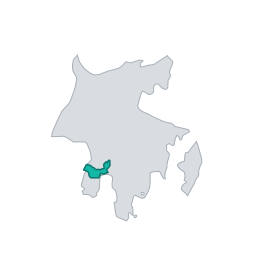 Qakh District, Qax, Azerbaijan (highlighted), rotated 240°
{"feature_id": "54616110B49356278605879", "entity_name": "Qakh District", "entity_type": "district", "adm_level": 2, "iso_a3": "AZE", "parent_name": "Azerbaijan", "parent_adm1": "Qax", "projection": "orthographic", "projection_center": [46.895, 41.256], "detail": "fine", "context": "in_parent", "style": "filled", "palette": "teal", "viewbox_px": 256, "rotation_deg": 240, "n_neighbors": 0, "source": "geoboundaries", "source_scale": "gbopen_adm2", "svg_char_len": 5013}
<svg xmlns="http://www.w3.org/2000/svg" viewBox="0 0 256 256"><g transform="rotate(240 128 128)"><path d="M171.0,198.2L170.1,198.2L163.5,199.9L162.1,199.4L156.3,192.3L155.1,191.5L152.7,191.2L151.2,190.1L150.0,188.2L149.4,186.7L143.5,182.9L142.6,181.5L142.4,180.2L143.3,179.1L144.3,178.1L147.1,177.1L150.4,176.2L151.5,175.6L152.0,174.5L151.9,172.8L151.4,171.2L146.6,168.3L146.0,167.0L145.8,165.4L146.1,163.8L146.8,162.5L150.7,160.6L152.7,158.8L151.4,156.8L147.1,152.2L142.1,147.2L138.8,147.1L135.1,148.7L129.0,153.1L125.7,155.0L121.3,158.1L116.5,161.5L112.6,165.2L110.1,168.2L105.7,169.5L103.5,172.0L96.2,179.6L94.1,179.5L94.0,175.7L94.1,172.7L93.6,171.0L91.3,168.7L91.3,167.7L91.9,167.0L93.7,167.4L96.1,167.3L97.2,166.4L94.7,163.3L92.5,161.2L90.6,159.8L90.2,159.0L90.2,158.4L90.6,157.7L93.8,156.0L94.1,154.4L93.9,152.7L88.8,150.1L85.0,151.0L81.6,148.1L79.5,145.8L76.8,143.4L74.3,142.0L72.0,139.0L68.0,135.8L65.4,134.9L65.5,134.5L66.0,133.9L67.0,133.4L74.3,133.6L75.2,133.1L75.6,131.8L76.6,129.8L77.8,126.9L77.7,124.5L70.6,120.5L65.4,116.8L61.8,111.9L59.4,107.5L59.6,106.0L60.3,104.7L65.9,100.7L66.3,99.7L66.2,99.0L64.3,96.9L61.8,94.7L61.0,93.2L59.5,92.3L56.5,92.2L51.3,89.5L50.2,89.2L50.0,88.7L50.3,88.2L54.0,87.2L54.0,86.3L52.9,85.2L50.8,84.3L48.9,82.2L48.3,80.3L55.1,75.0L57.1,73.9L61.4,75.0L70.5,78.8L69.8,80.8L70.8,81.9L72.8,83.5L76.8,85.1L80.2,85.9L81.9,85.2L84.6,84.7L88.0,86.5L91.1,88.8L92.6,89.7L93.5,90.0L95.9,89.3L98.7,86.3L99.9,82.8L100.2,81.1L98.5,78.7L95.1,76.2L91.3,73.9L88.8,71.9L87.3,68.0L85.7,67.5L85.3,67.0L85.1,65.7L85.2,63.8L85.7,62.4L87.3,61.8L88.8,61.6L90.2,60.2L92.0,57.6L92.8,56.1L96.1,56.9L96.5,59.3L97.1,59.9L98.5,59.6L100.8,58.6L102.6,59.4L105.0,62.2L108.2,65.2L110.0,67.3L110.7,68.7L112.3,70.0L114.8,71.6L116.7,74.1L118.5,79.9L120.2,81.3L126.6,83.4L128.8,83.9L135.0,84.6L137.2,84.0L140.3,78.9L143.1,73.8L145.7,72.6L150.5,70.1L153.4,67.7L154.5,65.1L157.2,60.3L158.8,57.5L161.7,59.9L166.7,66.3L174.0,76.7L175.8,79.6L177.0,83.1L178.1,87.2L179.8,90.9L187.3,100.1L190.5,103.4L195.7,107.7L197.5,108.7L199.9,108.9L204.3,108.7L208.4,110.3L210.4,111.5L212.5,113.2L214.5,115.2L216.5,120.6L209.5,119.0L202.4,119.6L198.5,120.9L194.6,122.6L191.0,125.0L188.8,129.5L187.1,139.8L184.5,149.4L184.7,153.8L186.1,158.1L186.0,160.1L184.7,161.0L183.1,162.8L181.1,171.7L180.0,173.4L178.6,174.6L178.2,173.5L178.2,171.2L175.0,169.3L173.4,171.6L172.4,176.5L170.2,181.6L170.1,182.6L171.0,198.2ZM65.0,108.5L65.3,107.1L64.4,106.5L63.5,106.5L62.7,107.1L62.6,108.9L63.8,109.2L65.0,108.5ZM41.0,148.0L39.9,146.5L39.5,145.7L42.6,145.2L47.9,143.4L49.3,144.3L50.8,146.3L51.5,148.0L51.6,151.0L52.2,151.5L54.8,150.5L55.9,151.8L57.8,153.3L61.2,154.8L66.2,152.6L68.6,152.1L70.6,152.1L71.7,152.9L72.0,155.3L71.6,158.2L71.0,159.8L72.0,161.0L76.1,163.8L77.7,165.4L76.9,168.1L79.8,174.8L80.8,177.4L82.0,180.6L75.8,179.3L64.7,176.4L61.6,175.0L58.8,171.3L57.1,169.4L54.6,167.1L52.5,166.2L51.0,164.6L50.1,162.2L48.8,160.0L46.6,157.5L41.6,148.9L41.0,148.0ZM48.7,91.2L48.1,91.7L47.0,91.2L46.7,90.1L46.8,89.0L47.9,88.8L48.7,89.1L48.9,90.1L48.7,91.2Z" fill="#d9dde1" stroke="#a8b0b8" stroke-width="1"/><path d="M116.9,74.4L116.9,74.0L116.9,73.3L116.6,72.8L116.1,72.1L115.7,71.5L115.4,70.8L115.0,70.3L114.8,69.9L114.4,69.4L114.1,68.9L113.6,68.7L113.2,69.2L112.9,69.4L112.6,69.7L112.3,69.9L112.1,70.1L111.6,70.5L111.3,70.8L110.8,71.1L110.2,71.3L109.8,71.4L109.1,71.5L108.6,71.4L108.2,71.2L107.8,71.1L107.2,70.9L106.8,70.7L106.2,70.5L105.8,70.5L104.9,70.5L104.4,70.6L103.8,70.8L103.5,71.0L103.1,71.4L102.8,72.0L102.6,72.5L102.3,73.0L102.0,73.4L101.7,73.9L101.4,74.4L101.1,74.9L100.9,75.4L100.6,76.0L100.3,76.5L99.9,76.9L99.6,77.4L99.5,77.5L99.5,77.8L99.8,78.3L100.0,78.6L100.5,79.0L100.8,79.5L100.8,80.2L101.4,80.5L102.0,80.7L102.2,81.3L102.0,82.0L101.8,82.5L101.4,82.6L101.0,82.9L100.8,83.1L100.4,83.5L100.1,84.0L100.0,84.7L100.1,85.4L100.0,86.1L99.8,86.6L99.6,87.0L99.9,87.6L99.6,88.0L99.6,88.5L100.2,88.5L100.9,88.5L101.7,88.5L102.3,88.8L102.9,89.2L103.2,89.8L103.2,90.5L103.3,91.0L103.5,91.4L103.6,91.9L103.8,92.3L104.2,92.8L104.4,93.3L104.7,93.6L105.1,94.0L105.4,94.2L105.6,94.4L106.0,94.3L107.1,94.9L107.7,95.4L108.2,95.7L108.8,96.0L109.1,95.9L109.5,95.7L109.6,94.9L109.3,94.1L109.1,93.7L108.7,93.5L108.2,92.9L108.2,92.6L108.8,92.6L109.5,92.4L109.5,92.2L109.5,91.9L109.5,91.3L109.4,91.0L109.3,90.6L109.1,90.3L108.9,89.6L108.8,89.1L108.3,88.6L108.2,88.5L108.0,88.4L107.8,88.3L107.3,88.1L107.0,88.0L106.5,87.9L106.1,87.7L105.9,87.6L105.5,87.5L105.1,87.3L105.1,86.9L105.1,86.3L105.2,85.9L105.3,85.5L105.5,85.3L105.6,84.8L105.7,84.3L105.8,83.6L105.6,83.0L105.5,82.7L105.9,82.5L106.0,82.5L106.5,82.3L106.7,82.0L106.9,81.8L107.0,81.6L107.3,81.0L107.3,80.6L107.4,80.3L107.6,80.0L107.9,79.9L108.1,79.6L108.4,79.4L108.6,79.2L109.0,79.0L109.3,78.8L109.5,78.7L110.0,78.7L110.3,78.7L110.7,78.6L111.2,78.1L111.5,77.7L111.9,77.6L112.1,77.5L112.7,77.3L113.1,77.1L113.3,77.1L114.0,76.9L114.4,76.6L114.7,76.4L115.3,76.0L115.5,75.7L115.8,75.3L116.0,75.0L116.2,74.7L116.6,74.4L116.9,74.4Z" fill="#14b8a6" stroke="#0f766e" stroke-width="1.5"/></g></svg>